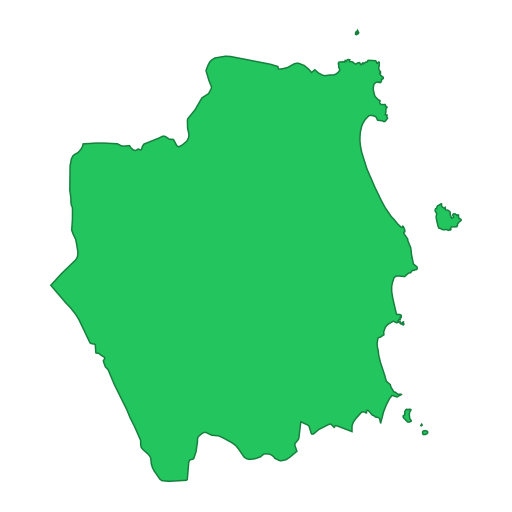 Tuy An, Phú Yên, Vietnam (Robinson projection)
{"feature_id": "81297802B47177978604160", "entity_name": "Tuy An", "entity_type": "district", "adm_level": 2, "iso_a3": "VNM", "parent_name": "Vietnam", "parent_adm1": "Phú Yên", "projection": "robinson", "projection_center": [109.271, 13.262], "detail": "fine", "context": "isolated", "style": "filled", "palette": "green", "viewbox_px": 512, "rotation_deg": 0, "n_neighbors": 0, "source": "geoboundaries", "source_scale": "gbopen_adm2", "svg_char_len": 5992}
<svg xmlns="http://www.w3.org/2000/svg" viewBox="0 0 512 512"><path d="M50.8,285.3L66.0,303.1L70.4,307.7L75.9,314.6L79.0,319.8L90.0,342.8L90.9,343.5L94.7,344.2L95.3,344.9L95.8,352.6L96.2,353.1L98.7,353.3L101.5,355.5L104.1,357.1L104.8,358.0L104.2,359.5L103.4,360.5L103.4,361.5L105.4,366.9L108.1,369.7L114.4,384.7L127.0,410.1L129.9,417.3L134.8,427.1L140.6,440.3L140.7,445.0L141.3,447.5L142.6,449.2L148.4,454.4L150.2,456.8L150.8,458.6L151.3,463.9L152.4,467.4L154.1,470.9L160.0,479.3L162.1,480.7L169.0,481.3L186.3,480.3L187.3,479.5L188.7,462.5L189.4,460.6L190.2,459.8L193.2,459.0L193.8,458.4L196.0,451.8L197.5,441.8L197.5,438.7L198.2,436.8L200.1,435.0L203.3,432.6L205.9,432.4L211.6,435.2L218.9,435.9L224.1,438.4L232.0,442.8L235.9,445.7L239.0,449.6L243.6,456.4L244.9,457.7L246.5,458.6L249.0,459.4L254.4,458.9L260.2,457.0L264.1,453.9L267.9,453.9L269.9,454.3L271.8,455.2L274.0,457.0L274.7,458.3L279.3,460.5L281.0,460.8L286.1,459.7L289.8,457.2L296.9,451.3L294.9,445.4L294.9,443.7L298.1,439.8L298.8,438.5L300.8,421.8L307.9,425.1L309.1,426.4L311.1,433.0L311.8,434.1L313.5,434.0L318.8,429.5L329.4,424.1L331.2,424.3L334.1,427.4L334.5,427.1L334.8,426.0L335.6,425.6L337.1,425.9L352.0,431.6L352.0,426.3L352.7,423.8L353.8,421.4L355.6,418.9L360.7,413.1L362.1,411.9L365.0,412.1L366.0,413.0L366.5,413.0L366.6,410.9L367.1,410.3L367.8,410.3L369.0,411.3L372.3,415.1L374.0,415.7L375.1,416.8L376.1,417.2L377.7,417.3L379.6,418.4L380.6,423.4L383.6,411.7L386.5,404.5L389.6,398.5L392.1,395.4L397.0,397.0L401.4,394.5L401.1,394.2L397.7,394.2L395.7,392.4L393.8,391.8L390.9,387.0L390.3,384.7L386.3,381.1L384.8,375.6L380.5,362.6L378.8,355.7L378.0,349.3L377.5,348.1L377.1,343.4L377.8,338.9L378.3,337.7L380.3,337.2L383.9,334.8L383.7,331.8L385.3,327.4L386.7,325.5L388.5,324.0L392.9,321.4L393.9,321.3L396.1,322.7L396.8,322.8L399.2,321.8L400.0,322.4L400.0,323.2L400.6,323.8L402.1,324.2L403.1,325.0L403.8,324.5L403.8,323.5L403.2,322.6L403.4,321.9L402.9,322.0L402.3,323.2L401.7,323.2L400.6,322.8L400.0,321.4L398.0,321.6L397.8,321.0L398.7,319.7L400.2,319.6L400.0,317.6L400.4,317.3L401.2,317.5L401.3,315.5L400.1,314.6L398.3,314.4L396.9,314.6L396.3,313.5L392.8,298.4L391.7,291.6L391.7,286.2L392.7,281.8L393.9,278.0L395.5,276.4L397.8,275.9L404.7,276.6L407.6,273.9L408.9,273.0L410.6,272.7L412.3,270.5L412.9,270.2L413.8,270.5L415.6,269.6L416.8,269.5L417.2,268.2L417.0,266.9L413.6,264.1L413.3,263.5L411.5,254.4L410.8,247.9L407.9,240.9L407.7,239.1L403.9,233.5L403.8,232.2L404.8,231.8L404.8,230.1L403.4,226.6L402.7,226.2L402.0,227.5L401.2,227.3L397.6,223.9L394.7,220.2L391.3,216.6L385.3,207.9L381.4,200.7L375.0,187.5L366.9,168.8L361.7,152.3L360.5,146.1L359.9,140.6L360.0,136.3L360.4,131.8L361.7,126.2L362.9,123.3L365.1,119.7L368.9,115.7L370.4,115.4L373.3,115.7L376.0,116.9L377.6,120.2L382.7,120.9L383.8,121.6L385.1,121.4L387.6,118.2L386.7,116.5L387.1,115.1L385.3,114.7L385.9,112.0L385.9,108.8L387.0,107.5L386.8,106.8L385.5,106.3L385.6,105.2L385.2,104.5L381.7,104.6L380.1,103.8L379.7,102.7L379.7,101.7L380.1,101.0L379.9,100.4L378.7,100.2L375.1,96.5L374.4,94.6L373.2,89.2L373.6,85.6L374.3,83.7L376.4,82.2L377.4,82.1L378.0,82.5L379.0,81.9L379.9,82.7L380.5,82.6L381.4,81.4L381.5,79.2L382.5,79.1L383.3,78.5L383.2,77.2L380.8,75.4L379.8,73.9L379.7,73.0L380.1,72.3L380.5,72.6L380.5,71.7L379.5,70.6L378.6,68.4L379.2,66.1L379.3,62.3L378.7,62.0L377.1,63.4L376.8,63.3L376.1,61.2L375.5,60.7L368.1,60.3L367.0,62.1L365.6,62.1L363.6,63.8L363.2,62.9L362.8,62.8L361.1,64.8L360.4,64.1L359.6,62.6L357.4,63.0L356.2,64.0L354.8,63.8L352.4,61.8L349.7,61.5L349.4,60.7L349.8,59.8L348.5,59.5L347.3,59.8L346.1,61.4L345.2,60.5L344.5,62.1L342.2,61.6L341.7,62.1L340.5,61.9L338.7,62.3L338.3,63.6L338.8,65.8L338.7,67.1L339.7,69.6L339.7,70.3L338.8,71.7L336.4,73.8L333.6,75.0L329.7,75.0L325.0,75.7L322.4,75.1L318.3,72.9L314.8,69.7L311.6,72.5L308.5,69.0L304.2,65.5L298.4,63.2L296.4,63.3L294.2,63.8L287.8,67.4L283.4,68.6L279.7,69.1L278.3,68.9L277.9,66.5L270.2,64.2L230.6,56.5L225.6,56.2L214.8,58.0L211.7,60.0L209.9,61.7L208.0,65.3L206.0,70.7L208.9,80.4L211.2,86.1L211.5,87.3L211.2,88.7L208.6,93.6L201.9,97.9L195.1,109.7L187.7,118.8L187.4,120.6L187.6,128.4L188.8,133.7L188.9,135.9L188.4,138.1L186.8,141.2L182.3,145.0L179.1,146.7L177.9,146.6L176.5,145.2L173.8,140.0L172.9,139.3L169.4,139.3L165.9,136.8L164.4,136.2L162.7,136.2L158.4,138.3L143.9,144.1L142.4,146.4L141.5,149.4L141.0,149.8L139.8,150.0L138.9,149.2L138.1,149.0L136.3,150.3L135.3,150.5L133.0,149.8L130.7,147.6L129.5,145.6L123.2,146.2L120.8,145.6L117.5,143.8L104.3,143.1L95.5,143.1L83.1,143.9L82.6,146.4L80.7,149.6L78.1,152.5L74.7,154.4L73.0,155.8L71.4,158.8L70.1,165.6L69.8,190.2L70.9,198.2L70.9,202.2L71.2,204.6L72.3,207.3L72.5,209.4L72.4,220.1L71.7,230.1L73.0,233.8L75.6,239.2L76.3,242.4L77.9,252.1L77.8,254.6L77.2,257.3L75.9,259.7L61.5,273.6L50.8,285.3ZM444.5,208.3L442.1,206.8L441.6,206.0L441.6,203.9L441.3,203.7L437.6,205.9L437.0,206.7L436.7,208.2L435.6,208.7L435.1,210.1L435.2,211.2L436.8,213.7L436.1,216.5L436.3,218.6L437.9,225.7L438.8,228.1L440.2,228.3L442.3,229.6L444.5,229.8L446.2,229.4L448.1,230.3L448.8,230.3L449.9,229.3L450.3,230.0L450.9,229.6L450.7,228.1L451.0,227.3L451.7,226.9L456.7,226.8L457.5,225.4L457.4,224.2L459.5,221.6L460.9,220.7L461.2,220.1L460.9,219.3L458.6,217.9L458.5,215.0L457.8,214.8L457.0,215.5L455.5,214.0L453.9,213.7L453.2,214.1L452.7,215.0L453.6,217.0L453.2,217.6L451.5,218.0L450.2,214.5L450.2,212.3L449.7,211.5L448.3,210.4L445.6,209.8L445.1,207.5L444.5,208.3ZM410.9,409.5L409.9,409.2L408.9,409.7L408.3,409.3L407.5,409.6L406.7,409.2L405.8,409.8L404.8,411.6L404.7,414.7L403.0,416.1L403.6,417.9L407.6,422.0L409.3,422.1L411.3,421.1L411.0,420.2L409.8,418.8L409.3,414.6L409.6,412.4L410.8,410.3L410.9,409.5ZM425.4,434.5L427.4,433.4L427.7,432.5L427.5,431.4L425.5,430.6L423.4,430.9L422.6,431.8L422.7,433.9L423.4,434.6L425.4,434.5ZM358.7,32.7L357.7,30.7L357.5,31.7L357.1,31.0L356.0,32.5L355.8,31.5L355.5,34.3L356.7,34.7L357.3,34.1L357.3,33.4L357.8,33.9L358.5,33.4L358.7,32.7ZM421.4,425.8L422.2,425.1L421.6,424.2L420.8,425.6L421.4,425.8Z" fill="#22c55e" stroke="#15803d" stroke-width="1.5"/></svg>